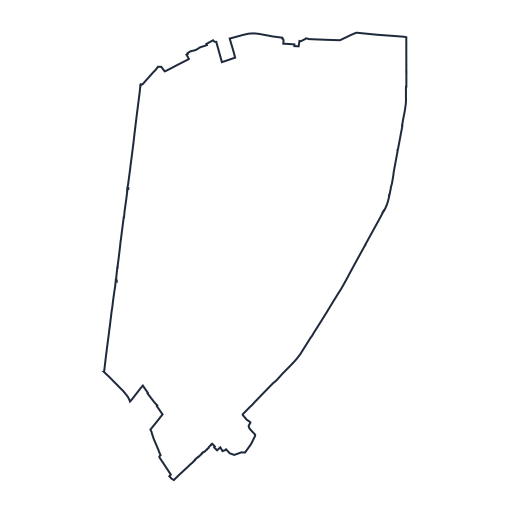 the district of Voluntari, Bucharest, Romania, rotated 89°
{"feature_id": "2599482B78870557966424", "entity_name": "Voluntari", "entity_type": "district", "adm_level": 2, "iso_a3": "ROU", "parent_name": "Romania", "parent_adm1": "Bucharest", "projection": "robinson", "projection_center": [26.156, 44.509], "detail": "fine", "context": "isolated", "style": "outline", "palette": "slate", "viewbox_px": 512, "rotation_deg": 89, "n_neighbors": 0, "source": "geoboundaries", "source_scale": "gbopen_adm2", "svg_char_len": 5848}
<svg xmlns="http://www.w3.org/2000/svg" viewBox="0 0 512 512"><g transform="rotate(89 256 256)"><path d="M478.6,342.0L478.3,341.7L477.3,340.7L476.1,339.5L475.4,338.6L474.7,338.0L473.1,336.2L472.7,335.8L471.8,334.8L471.1,333.9L470.9,333.7L470.0,332.8L468.8,331.4L468.3,330.9L466.2,328.5L464.5,326.6L464.2,326.3L464.0,326.2L462.9,324.9L462.5,324.4L462.1,323.9L461.7,323.4L461.5,323.2L461.3,322.9L461.2,322.9L460.8,322.6L460.5,322.2L460.2,321.9L460.1,321.7L459.6,321.2L459.3,320.8L459.1,320.6L458.8,320.8L458.6,320.6L457.8,319.7L457.5,319.3L457.4,319.2L457.2,319.0L456.7,318.5L456.5,318.1L456.1,317.7L455.9,317.5L455.8,317.3L456.0,317.1L455.3,316.5L454.8,315.8L454.4,315.4L452.6,313.4L452.3,313.6L451.8,313.0L451.2,312.3L451.1,312.0L451.1,311.7L451.1,311.4L450.5,310.8L450.3,310.3L449.9,309.9L448.8,308.8L448.6,308.3L448.1,308.2L447.7,307.8L447.5,307.5L447.4,307.3L447.5,307.3L447.4,306.9L446.0,306.3L444.5,304.6L444.0,304.1L443.8,304.2L443.2,303.5L443.3,303.3L443.0,303.0L443.4,302.6L444.3,301.8L445.7,300.5L446.6,301.2L447.8,300.1L449.6,298.3L446.7,295.0L450.5,292.9L449.4,289.8L448.8,289.3L452.8,285.7L454.5,281.2L452.1,274.1L452.3,270.4L444.8,264.8L442.8,263.6L435.8,260.0L434.6,260.0L428.7,265.3L427.4,265.9L426.1,266.3L425.8,266.3L425.5,266.2L425.3,266.1L422.5,264.5L422.2,264.5L420.7,266.4L419.5,268.2L414.6,272.1L413.9,271.9L406.7,264.6L405.2,262.8L403.8,261.5L402.4,260.2L394.9,252.7L383.3,241.0L381.0,238.0L379.6,236.7L377.5,234.7L374.5,231.9L373.5,231.0L372.0,229.4L366.9,224.2L362.7,220.0L359.3,216.9L355.4,213.8L354.6,213.2L352.7,212.0L338.8,202.9L337.0,201.5L335.3,200.4L334.0,199.7L332.5,198.7L322.2,191.9L317.5,188.9L315.1,187.3L304.3,180.5L297.0,175.8L295.1,174.6L290.6,171.6L288.3,170.2L284.9,168.2L281.6,166.3L276.2,163.3L272.8,161.4L261.5,155.0L256.1,151.9L249.1,147.9L247.0,146.5L246.9,146.7L219.5,131.0L219.3,130.9L215.1,128.6L214.9,128.8L212.8,127.5L213.0,127.2L211.7,126.5L210.2,125.7L208.4,124.9L206.5,124.1L204.9,123.5L203.9,123.2L202.7,122.9L201.5,122.5L200.2,122.2L198.1,121.7L197.6,121.6L197.6,121.9L196.6,121.6L196.2,121.2L195.9,121.1L194.0,120.8L193.0,120.6L191.3,120.1L189.9,120.0L189.0,119.8L188.0,119.4L185.9,118.8L177.9,117.3L174.7,116.9L154.1,112.7L152.9,112.7L152.7,112.7L152.7,112.4L146.0,111.0L140.6,109.9L139.2,109.6L137.6,109.3L131.5,108.0L128.4,107.4L128.3,107.7L126.8,107.5L125.3,107.1L122.3,106.6L120.9,106.3L119.8,106.0L118.2,105.7L115.4,105.1L112.4,104.5L109.2,104.0L106.7,103.6L104.4,103.4L102.3,103.3L99.4,103.3L97.8,103.3L96.4,103.2L94.9,103.2L93.4,103.2L91.8,103.2L89.3,103.1L89.3,102.7L78.1,102.5L75.6,102.5L75.6,102.4L73.4,102.4L73.4,102.5L70.6,102.4L64.2,102.3L56.8,102.2L55.2,102.2L52.2,102.1L50.7,102.1L46.2,102.0L44.6,102.0L43.5,102.0L39.9,101.9L39.4,104.0L38.6,112.2L36.9,131.0L35.4,143.9L34.5,151.4L34.7,152.4L36.6,157.1L41.7,168.2L41.7,168.9L41.1,181.2L40.1,198.8L39.3,201.9L39.3,202.3L39.8,202.8L40.1,203.4L40.9,205.0L42.0,207.3L41.7,208.8L47.1,209.7L46.8,214.0L45.1,213.9L44.4,222.1L44.2,225.0L42.0,224.8L40.7,224.7L39.6,225.1L39.1,225.9L38.2,225.9L36.9,234.6L36.7,235.9L36.0,239.1L34.8,245.1L34.0,248.9L33.7,251.2L33.4,254.0L33.4,256.1L33.6,259.8L34.8,265.4L36.3,271.2L37.8,277.2L38.1,278.5L42.6,277.3L47.1,276.0L51.3,274.9L57.3,273.4L59.1,278.9L61.6,286.7L41.2,292.0L41.2,292.8L41.0,293.5L40.7,294.1L40.2,294.7L39.9,295.0L39.6,295.2L40.9,297.7L43.1,301.9L43.3,301.8L44.3,301.4L44.5,302.0L46.2,307.7L46.3,308.0L46.5,308.4L46.5,308.5L48.1,311.0L48.3,311.4L48.5,311.7L48.7,312.1L48.8,312.5L49.0,312.8L49.1,313.2L49.2,313.6L49.3,313.9L49.4,314.0L49.6,315.1L49.9,316.7L50.0,316.9L50.0,317.3L50.2,317.6L50.3,318.0L50.4,318.3L50.6,318.7L50.8,319.0L51.0,319.3L51.2,319.6L51.4,319.9L51.6,320.2L52.1,321.0L52.8,320.7L53.1,321.2L53.5,322.0L57.6,319.7L58.0,319.8L64.2,332.5L67.6,339.2L68.2,340.5L69.4,342.9L69.7,343.7L69.8,344.1L65.2,347.4L65.1,350.8L66.4,351.7L68.3,353.2L69.7,354.7L71.0,356.0L78.5,362.9L81.9,366.0L82.4,366.7L82.4,367.0L82.3,367.9L82.6,367.9L82.5,368.3L83.8,368.5L83.7,368.7L90.0,369.4L109.8,372.3L121.9,374.0L132.0,375.4L141.8,376.7L151.5,378.1L162.9,379.8L166.7,380.3L173.9,381.4L182.5,382.7L185.6,383.4L185.9,382.4L186.8,382.5L186.7,383.5L188.6,383.8L188.7,383.6L189.4,383.6L189.8,383.7L192.6,384.1L195.4,384.5L200.6,385.3L209.4,386.7L211.6,386.9L215.0,387.3L215.0,387.6L226.9,389.3L231.5,390.0L238.0,390.9L238.6,391.1L239.0,391.1L239.5,391.2L241.8,391.5L242.9,391.6L245.1,391.9L255.3,393.3L262.8,394.4L264.8,394.5L264.7,394.8L267.1,395.1L269.1,395.4L274.3,396.0L275.4,396.1L276.6,396.2L276.5,396.4L277.3,396.6L277.8,396.0L277.9,395.7L279.1,395.7L278.7,396.7L281.5,397.1L282.1,397.1L286.7,397.8L289.0,398.3L290.6,398.5L293.6,399.0L300.3,400.0L302.1,400.2L303.1,400.4L305.5,400.7L308.5,401.3L308.9,401.3L310.1,401.5L310.7,401.6L313.0,401.9L314.4,402.1L315.3,402.2L317.7,402.6L318.9,402.7L320.3,402.9L320.7,403.0L321.2,403.1L322.5,403.2L323.1,403.3L323.8,403.4L325.0,403.6L330.3,404.4L330.8,404.4L332.3,404.7L332.9,404.7L334.6,405.0L338.0,405.5L340.1,405.8L341.2,406.0L342.0,406.1L343.0,406.2L343.8,406.4L348.0,407.0L348.5,407.0L350.2,407.3L352.2,407.6L369.2,409.9L369.2,410.1L373.5,405.7L375.1,404.1L376.9,402.4L380.3,399.2L381.6,397.9L383.4,396.2L384.7,395.0L387.1,392.7L388.6,391.2L390.5,389.7L392.4,388.2L393.6,387.3L394.9,386.4L395.9,385.9L397.7,385.1L399.3,384.5L397.0,382.4L393.4,379.5L386.8,374.2L383.6,371.4L384.4,370.9L386.4,369.6L387.0,369.2L390.9,366.5L391.4,366.9L394.3,364.8L400.5,360.2L403.7,357.3L404.3,357.8L412.8,352.2L414.2,353.4L417.8,356.3L421.9,359.7L427.7,364.6L429.0,364.0L430.3,363.4L431.2,363.3L436.6,361.6L437.8,361.2L439.9,360.3L442.0,359.5L443.0,359.0L444.3,358.5L445.4,358.1L447.2,357.3L450.2,356.3L451.4,355.8L451.8,355.6L452.3,355.4L453.5,354.9L454.1,355.6L454.7,356.0L455.1,356.2L455.9,355.9L457.8,354.7L460.1,353.2L472.9,345.1L473.1,345.0L474.7,346.5L475.2,346.0L477.1,344.4L478.6,342.0Z" fill="none" stroke="#1e293b" stroke-width="2"/></g></svg>